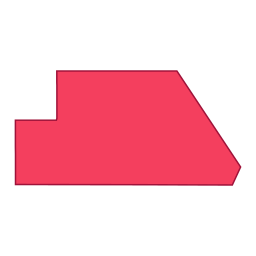 the border of Ghanzi
{"feature_id": "BWA-1191", "entity_name": "Ghanzi", "entity_type": "District", "adm_level": 1, "iso_a3": "BWA", "parent_name": "Botswana", "parent_adm1": "", "projection": "natural_earth1", "projection_center": [20.983, -22.159], "detail": "fine", "context": "isolated", "style": "filled", "palette": "rose", "viewbox_px": 256, "rotation_deg": 0, "n_neighbors": 0, "source": "natural_earth", "source_scale": "10m", "svg_char_len": 563}
<svg xmlns="http://www.w3.org/2000/svg" viewBox="0 0 256 256"><path d="M15.5,184.5L15.5,179.4L15.5,171.0L15.5,162.5L15.5,154.0L15.4,146.6L15.4,139.2L15.4,131.8L15.4,124.4L15.4,120.2L25.0,120.2L34.7,120.2L44.4,120.2L54.1,120.2L56.4,120.2L56.9,118.4L56.9,116.4L56.9,113.5L56.9,110.7L56.9,107.9L56.9,105.0L56.9,102.2L56.9,99.3L56.9,96.5L56.9,93.7L56.9,90.8L56.9,88.0L56.9,85.2L56.8,82.3L56.8,79.5L56.8,76.7L56.8,73.8L56.8,71.0L57.6,71.0L176.9,71.0L240.6,167.0L232.3,185.0L142.4,184.7L16.3,184.5L15.5,184.5Z" fill="#f43f5e" stroke="#9f1239" stroke-width="1.5"/></svg>